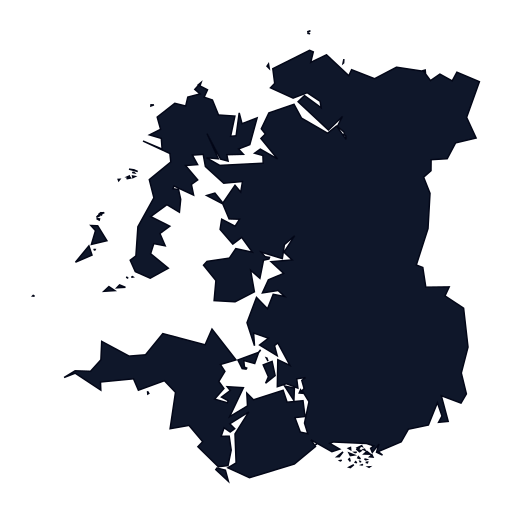 the district of Belmullet-Lea-3, Mayo, Ireland
{"feature_id": "5873133B47562740874876", "entity_name": "Belmullet-Lea-3", "entity_type": "district", "adm_level": 2, "iso_a3": "IRL", "parent_name": "Ireland", "parent_adm1": "Mayo", "projection": "albers", "projection_center": [-9.902, 54.113], "detail": "fine", "context": "isolated", "style": "filled", "palette": "ink", "viewbox_px": 512, "rotation_deg": 0, "n_neighbors": 0, "source": "geoboundaries", "source_scale": "gbopen_adm2", "svg_char_len": 6108}
<svg xmlns="http://www.w3.org/2000/svg" viewBox="0 0 512 512"><path d="M468.0,347.1L463.6,308.2L445.0,295.9L449.2,286.9L425.8,287.2L422.8,267.5L416.3,265.0L428.0,228.6L430.0,193.3L423.6,177.2L431.0,170.7L431.1,159.7L447.2,158.7L455.6,142.9L476.1,138.0L466.6,117.4L479.4,81.7L456.9,72.2L452.2,80.9L439.9,74.1L430.5,80.6L423.6,71.3L396.5,67.2L374.6,78.7L351.6,69.7L348.8,75.7L326.5,54.8L310.7,62.4L313.3,51.9L309.6,50.3L272.8,68.7L274.7,83.4L270.5,87.8L293.1,98.1L307.2,92.7L320.1,101.3L321.2,107.8L304.5,95.6L298.1,101.7L328.4,130.0L342.6,116.3L337.4,126.3L343.9,132.0L344.4,133.0L343.8,134.6L345.7,135.5L346.3,139.6L336.4,126.1L327.6,133.2L301.5,118.1L294.0,104.3L268.9,112.9L261.3,128.8L265.4,134.0L260.9,138.5L277.6,159.0L260.3,149.1L254.6,153.2L262.9,155.5L263.2,163.2L219.8,165.4L206.3,157.7L218.3,158.8L207.0,133.6L220.6,159.1L228.1,161.1L226.8,154.7L243.4,154.3L238.5,149.0L249.8,144.6L257.1,117.9L242.0,123.7L239.2,112.9L236.1,135.8L230.6,136.3L234.9,116.1L218.5,115.0L212.4,100.0L204.1,97.2L207.5,89.8L198.6,85.2L194.8,89.4L200.1,93.9L187.8,97.1L185.7,106.0L174.8,103.3L157.2,117.1L160.6,129.3L149.5,134.9L161.3,138.4L162.1,149.1L143.0,141.0L169.9,153.5L170.8,162.0L149.3,179.6L153.9,197.8L137.9,226.7L135.9,255.9L130.2,260.2L135.3,271.6L150.2,278.2L168.3,268.2L150.6,253.7L153.8,243.6L165.2,245.8L159.9,233.5L169.8,226.2L150.7,216.6L166.9,204.7L179.4,212.2L180.7,199.3L178.5,189.5L172.8,188.7L174.0,186.0L193.6,195.1L191.4,184.4L197.7,179.9L185.5,165.5L197.6,164.6L192.4,155.1L203.2,154.4L205.4,166.5L223.7,183.2L242.5,181.5L240.7,192.1L235.0,185.3L222.9,203.0L214.9,193.1L206.7,195.5L222.8,203.9L229.1,218.9L239.6,219.2L235.1,226.2L221.7,219.2L220.1,229.4L232.8,244.1L241.7,237.4L252.4,252.2L235.8,248.6L229.4,258.1L207.0,261.4L203.5,265.2L215.9,280.5L214.1,300.6L235.1,301.8L254.4,291.8L250.6,270.2L259.9,278.3L263.5,260.2L268.9,259.0L269.5,257.4L265.1,256.7L261.1,252.1L282.3,258.6L284.4,244.6L294.7,235.7L284.0,252.2L292.2,259.9L271.1,261.7L283.7,273.4L268.4,279.8L262.4,292.9L278.1,290.5L284.7,296.5L273.2,294.3L267.5,308.8L256.5,297.4L247.0,322.7L254.5,345.7L253.6,333.0L268.5,338.2L259.6,345.0L277.2,355.7L274.5,345.6L277.8,342.9L290.0,365.5L277.8,359.7L277.3,386.7L286.4,383.7L297.9,388.1L296.7,378.8L305.7,377.5L301.8,380.4L304.1,388.5L302.2,390.6L309.0,401.7L304.5,423.1L307.8,433.7L300.3,432.1L294.9,417.6L305.0,416.5L303.0,400.7L287.1,402.2L283.1,390.3L253.5,399.8L246.8,393.1L247.5,405.9L229.6,416.7L243.4,387.7L227.2,386.7L230.3,390.5L221.5,397.1L228.2,400.7L227.4,402.8L214.6,399.1L223.9,388.5L218.8,381.4L224.9,371.4L220.4,364.5L236.0,359.9L212.0,329.1L205.1,344.8L162.8,333.6L145.5,354.8L129.1,356.1L101.7,341.4L100.9,359.8L90.5,371.3L75.1,370.8L64.1,377.5L75.2,373.2L100.8,390.1L100.5,382.0L133.5,378.8L138.4,390.2L164.4,380.7L175.5,392.3L170.1,428.7L189.0,425.4L202.7,441.7L197.9,446.7L218.3,466.7L228.0,465.6L231.2,450.1L229.2,436.2L221.1,436.3L224.1,427.8L230.2,432.0L234.7,428.7L229.8,423.8L248.8,411.9L235.0,433.9L236.1,462.9L227.9,467.8L249.5,477.7L294.4,464.0L315.5,446.5L310.7,439.7L331.9,451.7L339.7,449.1L329.7,443.3L333.2,442.0L366.5,443.5L373.8,445.9L370.6,448.3L372.3,452.4L379.0,444.0L376.5,452.2L382.5,455.1L378.2,451.6L401.2,441.8L408.4,429.2L428.4,425.0L437.4,402.7L442.0,416.0L438.6,422.3L448.2,421.4L441.3,395.7L461.0,403.1L466.4,393.9L461.3,373.0L468.0,347.1ZM254.7,363.5L258.7,352.3L237.9,360.0L242.2,368.6L246.1,369.1L246.7,368.1L244.4,367.1L243.8,360.5L254.7,363.5ZM272.1,361.4L263.2,364.9L268.4,376.8L265.6,383.2L275.1,375.6L272.1,361.4ZM106.9,240.7L97.7,225.8L90.9,225.5L95.5,230.6L91.4,244.4L106.9,240.7ZM92.0,255.1L88.9,245.9L75.5,262.2L92.0,255.1ZM225.4,470.2L217.0,468.0L215.8,469.6L228.4,481.3L225.4,470.2ZM284.6,386.0L293.9,400.4L294.4,388.2L284.6,386.0ZM114.8,290.6L108.9,286.6L103.9,291.3L114.8,290.6ZM339.3,456.7L343.0,451.9L337.0,456.7L339.3,456.7ZM133.9,169.8L129.0,169.1L137.7,171.5L133.9,169.8ZM125.4,287.3L119.6,284.9L116.8,287.8L125.4,287.3ZM366.9,451.4L364.0,454.0L370.4,454.2L366.9,451.4ZM350.7,449.7L350.5,447.5L348.4,448.3L350.7,449.7ZM356.3,448.9L359.5,451.8L361.1,450.7L356.3,448.9ZM350.3,455.6L354.2,455.0L349.0,453.0L350.3,455.6ZM269.2,68.4L268.5,64.0L267.0,66.2L269.2,68.4ZM373.0,457.1L371.9,454.8L369.7,456.8L373.0,457.1ZM302.7,393.3L300.6,389.8L299.2,393.0L302.7,393.3ZM360.4,458.8L358.4,456.7L357.8,457.9L360.4,458.8ZM359.1,448.4L360.5,446.2L357.4,447.7L359.1,448.4ZM98.4,214.6L102.7,213.2L104.3,212.8L100.7,212.7L98.4,214.6ZM266.3,357.9L268.0,361.1L266.9,358.1L266.3,357.9ZM350.4,467.6L353.8,464.7L349.0,467.2L350.4,467.6ZM150.9,106.0L153.9,104.9L151.0,104.8L150.9,106.0ZM350.2,461.4L349.5,458.7L348.7,459.3L350.2,461.4ZM147.5,391.3L147.8,394.0L148.8,393.4L147.5,391.3ZM128.7,177.7L126.6,178.8L130.6,178.0L129.3,176.4L128.7,177.7ZM200.3,84.8L201.1,82.5L198.6,84.6L200.3,84.8ZM96.6,218.6L99.2,220.1L99.5,218.9L96.6,218.6ZM309.1,31.5L310.4,30.7L307.2,31.8L309.1,31.5ZM100.0,215.6L97.9,215.7L96.5,217.3L100.0,215.6ZM129.0,176.1L127.0,177.0L128.7,177.3L129.0,176.1ZM259.5,351.6L260.6,349.8L259.2,351.5L259.5,351.6ZM132.9,177.6L135.1,176.5L132.6,176.0L132.9,177.6ZM310.1,33.8L308.0,33.1L308.0,33.4L310.1,33.8ZM118.7,180.7L119.8,179.3L118.2,179.4L118.7,180.7ZM425.4,72.1L425.2,70.0L423.4,70.5L425.4,72.1ZM364.5,458.9L365.7,459.8L366.7,459.5L364.5,458.9ZM365.1,450.3L364.5,449.2L363.4,449.5L365.1,450.3ZM343.9,59.1L343.0,63.4L343.6,62.9L343.9,59.1ZM356.8,462.8L355.6,461.7L355.2,462.3L356.8,462.8ZM133.9,172.4L132.2,172.5L134.4,172.9L133.9,172.4ZM101.5,215.0L101.9,213.8L100.6,214.9L101.5,215.0ZM367.4,462.8L367.6,462.1L365.8,462.4L367.4,462.8ZM93.6,249.4L94.8,250.0L95.1,249.5L93.6,249.4ZM126.8,277.2L126.2,277.2L128.2,278.3L126.8,277.2ZM132.4,276.6L131.4,277.3L133.0,277.0L132.4,276.6ZM34.5,296.2L33.2,295.4L32.6,296.0L34.5,296.2ZM369.1,467.3L369.8,466.8L368.3,466.9L369.1,467.3ZM362.1,446.4L361.8,445.9L361.3,446.1L362.1,446.4ZM362.1,465.0L362.9,464.4L361.6,464.9L362.1,465.0ZM316.3,444.3L317.1,443.7L315.3,444.8L316.3,444.3ZM355.1,452.6L356.7,452.2L354.6,452.3L355.1,452.6ZM340.3,460.9L341.7,460.2L339.8,460.6L340.3,460.9ZM360.0,461.4L360.2,461.8L361.1,461.7L360.0,461.4Z" fill="#0f172a" stroke="#020617" stroke-width="1.5"/></svg>